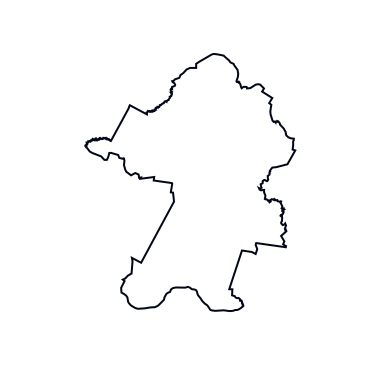 Pampāļu pag., Saldus, Latvia (Mercator projection), rotated 310°
{"feature_id": "27541924B77529018431464", "entity_name": "Pampāļu pag.", "entity_type": "district", "adm_level": 2, "iso_a3": "LVA", "parent_name": "Latvia", "parent_adm1": "Saldus", "projection": "mercator", "projection_center": [22.17, 56.561], "detail": "fine", "context": "isolated", "style": "outline", "palette": "ink", "viewbox_px": 384, "rotation_deg": 310, "n_neighbors": 0, "source": "geoboundaries", "source_scale": "gbopen_adm2", "svg_char_len": 6010}
<svg xmlns="http://www.w3.org/2000/svg" viewBox="0 0 384 384"><g transform="rotate(310 192 192)"><path d="M290.2,244.4L289.2,241.8L292.9,239.4L295.7,237.0L297.0,236.7L298.3,235.8L296.6,233.1L295.8,230.5L296.0,228.0L296.2,227.4L297.0,226.6L297.2,226.0L298.0,225.4L298.4,224.8L298.7,223.5L299.4,222.1L299.7,220.5L300.2,216.1L301.0,215.2L301.6,212.6L301.2,211.7L300.5,212.1L299.8,211.0L298.9,211.5L299.1,210.0L298.2,209.5L298.5,207.7L301.7,202.7L302.6,201.6L304.2,200.1L309.8,196.7L309.7,194.0L315.6,193.1L314.0,181.2L317.6,180.6L318.1,175.3L317.9,174.9L317.2,173.5L315.2,171.8L309.1,169.9L306.7,167.6L307.5,166.7L307.5,166.3L307.1,165.6L305.6,163.8L303.4,163.4L303.8,162.3L305.6,159.8L305.9,159.1L305.7,158.0L305.9,157.6L306.6,157.5L306.6,156.8L305.5,156.3L305.1,155.7L305.5,154.8L309.6,153.2L312.2,151.5L314.9,148.3L316.1,143.1L316.9,141.6L316.0,138.2L316.6,135.8L316.7,129.4L316.9,128.7L313.9,123.2L311.8,120.0L310.2,118.8L296.6,113.9L292.9,112.8L289.7,115.4L285.7,110.7L282.4,109.1L277.6,108.9L274.1,108.0L271.3,108.9L267.3,106.5L265.5,106.5L264.2,105.6L263.8,106.4L264.0,108.7L263.4,110.1L263.0,110.4L262.1,110.6L259.7,109.2L258.7,109.7L258.8,110.0L257.9,110.8L257.5,110.5L257.6,110.1L257.1,110.2L257.0,109.9L256.5,110.3L256.3,110.2L256.2,110.4L256.4,110.6L256.2,110.8L255.6,111.0L255.8,111.8L255.3,111.7L254.9,112.2L254.5,112.0L254.4,112.7L254.7,113.1L254.0,113.4L254.0,113.7L253.6,114.0L253.0,114.0L252.8,114.5L252.8,114.1L252.1,114.4L251.8,114.1L251.4,114.1L250.9,113.8L250.8,114.2L250.4,114.2L250.0,114.6L248.9,114.4L247.4,115.0L246.6,114.3L245.8,114.4L245.1,113.8L244.7,114.2L244.6,113.5L244.1,113.1L243.9,113.4L243.1,112.9L242.0,113.3L241.7,112.9L241.0,112.9L240.5,112.4L238.8,112.4L238.7,112.0L237.9,111.5L237.5,111.9L237.0,111.8L236.2,112.2L236.1,111.9L235.1,111.6L235.0,111.1L234.6,111.4L234.5,110.8L234.1,110.8L234.3,110.6L233.6,110.3L233.2,110.6L232.7,110.2L231.9,110.5L232.0,111.0L231.8,111.4L231.0,110.6L230.7,110.9L230.5,110.7L230.2,110.9L229.8,110.3L229.5,110.9L229.3,110.7L229.2,110.0L228.5,110.1L228.6,109.3L228.0,109.4L228.1,109.1L228.4,109.2L228.4,108.9L227.8,108.8L227.1,108.3L226.9,108.7L226.7,108.6L226.8,108.3L226.5,108.0L226.8,107.6L226.5,107.2L226.1,107.3L226.1,107.0L225.7,106.8L225.7,106.2L224.4,106.3L223.9,106.6L223.6,106.3L223.0,107.0L222.8,106.7L222.4,107.2L218.5,88.6L216.3,89.2L215.9,89.6L178.9,97.1L178.8,96.7L179.3,96.7L178.6,94.8L179.1,94.8L179.1,94.3L178.8,93.9L178.5,94.3L178.2,94.2L178.1,93.5L178.2,93.2L177.8,92.9L178.1,92.5L177.6,92.4L177.8,92.0L177.6,91.8L178.1,91.2L177.7,90.9L177.3,91.3L177.1,91.1L177.2,90.7L176.5,89.8L176.7,89.5L176.4,89.2L175.8,89.7L175.2,89.5L173.5,87.4L173.7,87.2L174.5,87.6L174.4,86.8L173.9,86.5L173.4,86.6L172.5,87.3L172.2,87.2L172.1,86.1L171.5,85.5L170.8,85.7L171.0,86.2L170.4,86.1L170.3,84.9L170.8,84.3L170.2,84.3L170.4,83.7L169.2,83.9L169.4,84.3L169.1,84.4L168.9,83.8L169.0,82.5L168.3,82.6L168.5,81.8L167.5,81.9L167.3,82.1L167.4,82.4L166.9,82.2L166.8,81.4L166.2,81.4L165.8,81.8L165.3,81.8L165.1,80.9L164.8,81.0L164.3,80.1L163.9,80.6L163.4,80.6L162.2,79.4L161.8,79.9L162.2,80.4L161.6,80.6L161.5,81.0L160.0,81.1L160.0,80.6L159.0,80.4L158.6,80.9L158.8,81.4L158.4,82.0L158.8,82.2L158.4,82.6L157.3,87.7L157.9,90.8L160.9,99.6L160.3,104.2L161.8,106.1L164.5,105.5L168.8,103.6L169.9,104.8L172.9,111.7L171.4,114.4L173.1,117.9L173.8,117.9L174.0,118.3L172.6,120.1L168.9,122.6L166.2,126.6L165.3,128.5L165.6,134.6L170.0,136.3L171.1,139.8L168.9,142.4L170.3,143.6L169.0,144.0L179.2,153.4L176.2,155.3L185.9,170.8L185.7,171.5L178.1,176.0L179.3,177.9L173.1,184.4L105.1,198.5L102.9,188.3L100.8,190.9L90.7,198.1L86.5,196.6L83.0,196.5L80.4,195.3L80.4,197.6L73.1,199.3L69.7,202.5L69.8,203.8L70.2,205.7L70.3,208.2L69.7,210.3L66.8,213.7L66.2,215.5L65.9,218.5L66.6,222.8L67.5,225.1L68.2,226.1L72.4,230.5L76.7,234.2L79.9,237.6L82.4,238.8L83.9,239.2L91.5,239.8L93.4,238.7L97.3,237.9L99.3,238.3L101.2,239.4L103.8,238.6L106.0,239.1L108.4,240.9L114.3,248.2L116.8,250.0L117.4,252.0L117.4,253.6L117.6,254.6L118.6,256.1L119.2,257.3L119.4,258.2L118.9,259.7L117.1,262.3L116.8,263.0L116.0,267.1L115.1,269.9L114.7,273.3L115.0,276.4L114.8,277.6L113.6,281.4L113.6,282.1L114.2,283.7L114.6,284.0L115.5,285.7L116.2,286.5L121.8,292.4L124.9,297.3L126.7,299.2L127.9,300.2L129.3,300.9L130.4,302.2L131.7,303.1L134.3,304.0L137.7,304.6L137.9,304.0L138.2,303.8L138.1,303.5L138.7,303.2L138.9,302.8L138.7,302.1L139.3,301.9L139.6,301.4L139.5,301.2L140.3,300.5L140.4,300.1L140.2,299.8L140.5,299.6L140.3,299.3L140.4,299.1L140.2,298.6L139.8,298.5L140.1,298.0L140.7,297.8L140.8,295.8L139.6,294.7L139.2,293.3L139.7,291.8L138.6,289.1L143.4,285.5L141.5,283.0L179.3,267.9L184.2,275.9L184.7,277.0L185.4,280.6L190.2,278.7L192.5,274.7L194.1,274.0L195.1,275.5L196.4,277.6L210.0,299.4L211.0,298.8L210.7,297.7L210.6,295.4L213.6,294.4L215.6,288.5L222.6,289.5L223.1,288.8L222.7,288.1L223.3,287.1L223.7,287.4L224.8,286.2L226.7,285.6L227.8,283.6L226.5,283.6L225.0,282.8L225.3,280.5L226.4,279.7L227.6,279.6L230.3,277.6L230.7,277.0L230.7,275.9L231.3,276.4L231.5,276.3L231.0,275.2L231.4,274.9L233.6,275.7L235.4,275.2L235.8,274.8L235.3,274.1L235.3,273.5L236.0,272.9L236.5,273.8L237.3,273.6L238.0,273.8L237.9,273.2L238.4,272.8L237.5,271.9L237.4,271.3L238.0,271.5L238.4,270.7L239.1,270.4L240.1,268.2L240.3,267.3L240.7,266.8L242.1,266.4L242.0,266.0L240.7,265.3L240.6,264.5L240.0,263.5L240.6,262.5L239.5,261.5L239.6,260.4L238.7,260.4L238.6,260.1L239.1,259.3L238.3,259.1L237.9,257.8L236.6,257.3L235.4,258.4L233.9,258.0L234.1,257.5L234.9,257.5L235.1,257.2L235.0,256.4L234.2,255.9L234.5,255.0L234.2,253.9L233.9,253.5L234.0,253.1L233.5,252.6L233.5,252.2L235.8,251.0L236.6,250.3L238.1,247.4L239.9,245.9L237.6,243.7L237.3,242.2L238.0,240.8L238.2,242.0L240.0,242.6L241.0,240.9L242.1,239.6L244.0,240.5L245.2,239.8L245.6,239.2L246.2,239.2L247.4,239.5L248.0,240.0L248.5,242.5L248.9,242.7L250.3,242.5L252.1,240.4L252.7,240.2L253.0,239.7L255.1,240.2L255.7,239.6L256.3,239.5L256.6,238.9L257.7,238.7L257.6,238.4L258.3,238.0L262.3,237.8L265.2,240.6L274.6,247.3L290.2,244.4Z" fill="none" stroke="#020617" stroke-width="2"/></g></svg>